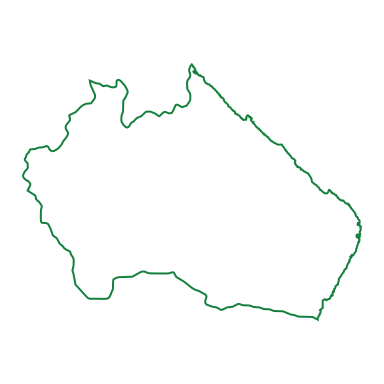 Salvaleón de Higüey, La Altagracia, Dominican Republic (Natural Earth projection)
{"feature_id": "3306468B87904766376188", "entity_name": "Salvaleón de Higüey", "entity_type": "district", "adm_level": 2, "iso_a3": "DOM", "parent_name": "Dominican Republic", "parent_adm1": "La Altagracia", "projection": "natural_earth1", "projection_center": [-68.511, 18.662], "detail": "fine", "context": "isolated", "style": "outline", "palette": "green", "viewbox_px": 384, "rotation_deg": 0, "n_neighbors": 0, "source": "geoboundaries", "source_scale": "gbopen_adm2", "svg_char_len": 5951}
<svg xmlns="http://www.w3.org/2000/svg" viewBox="0 0 384 384"><path d="M27.6,190.6L35.2,195.5L35.8,196.9L36.0,199.0L37.6,200.8L39.0,201.7L41.6,205.6L41.8,206.7L41.1,209.3L40.9,211.6L40.8,219.9L41.2,222.0L42.4,222.9L46.4,223.1L48.1,224.0L50.5,228.6L52.9,235.4L56.8,238.3L59.7,243.7L62.6,246.0L64.3,248.3L67.0,250.1L69.3,251.0L70.2,252.0L71.1,254.6L73.2,257.9L73.7,260.1L73.6,265.5L72.4,270.5L73.4,273.5L75.5,284.6L86.7,296.9L88.2,298.2L89.6,298.7L105.1,298.9L108.3,298.3L109.8,296.5L112.9,289.1L113.1,281.7L113.4,279.6L114.5,278.7L118.2,277.2L132.3,276.7L140.8,272.0L142.4,271.5L145.0,271.7L148.2,273.1L151.2,273.4L168.0,273.5L172.9,272.2L174.0,272.9L176.3,277.0L184.0,281.6L191.8,287.8L195.4,289.9L198.7,290.9L205.6,294.7L206.2,295.7L206.5,296.9L205.4,300.1L205.2,302.2L205.6,303.4L206.6,304.6L212.3,306.7L216.5,307.4L220.9,309.8L222.2,309.8L227.0,307.4L232.5,306.8L237.7,304.1L239.2,303.9L242.7,305.2L249.7,305.5L253.7,307.0L259.6,307.4L263.6,309.0L269.9,309.4L273.9,311.0L283.0,311.3L290.7,314.5L294.9,315.2L298.1,316.6L312.6,317.0L317.7,319.6L317.5,318.4L318.5,316.9L318.6,315.8L319.7,314.9L319.8,313.5L320.6,312.7L320.6,310.8L320.9,310.2L320.1,310.0L320.3,309.7L321.2,309.5L321.4,308.8L322.8,307.7L322.6,301.0L323.4,299.9L324.4,299.3L325.4,299.3L326.1,300.2L326.7,300.2L328.3,299.0L329.4,299.0L330.4,297.7L330.4,297.0L331.2,295.5L332.4,295.7L332.7,295.3L332.3,294.1L332.9,293.0L332.7,292.1L333.0,291.4L334.1,291.5L334.1,289.2L335.0,288.6L335.6,286.3L337.0,284.8L337.9,284.5L338.1,282.8L338.7,281.4L338.9,278.7L339.3,278.5L339.5,277.8L341.2,275.8L341.8,274.3L343.8,272.0L343.9,270.7L345.6,268.7L346.5,268.5L346.8,266.2L348.4,262.9L349.0,262.5L349.0,261.4L349.8,260.7L349.5,260.0L350.5,258.2L351.3,257.6L351.3,257.1L350.5,256.6L351.3,255.8L351.9,256.2L352.2,255.8L352.2,255.5L351.8,255.5L351.9,254.9L353.3,255.1L356.1,250.9L356.2,248.9L356.7,248.2L357.1,245.9L358.2,243.7L358.2,242.4L358.5,241.9L359.1,241.9L359.1,240.8L359.6,240.1L359.4,239.3L358.8,238.8L359.6,237.2L359.4,236.2L359.0,236.2L358.8,237.2L357.9,237.0L357.7,237.3L356.8,237.3L356.5,235.2L357.1,234.6L359.1,234.4L359.3,235.2L359.9,235.5L360.2,233.7L359.9,233.3L359.7,231.5L360.3,231.0L360.8,229.4L360.3,227.5L361.0,226.8L359.6,225.5L359.4,224.8L358.0,225.2L357.6,224.5L357.9,223.0L359.6,222.7L359.6,220.7L358.2,219.0L357.6,217.4L356.2,216.3L355.6,215.0L355.4,213.4L354.7,213.0L354.4,212.1L351.0,208.1L350.8,207.2L350.2,206.9L349.3,204.9L348.8,205.1L348.5,204.3L348.1,204.3L347.9,203.6L346.4,203.6L345.5,203.1L343.3,200.5L341.6,200.7L341.0,200.0L339.9,199.8L338.5,198.2L337.9,198.0L337.6,196.9L336.5,196.2L336.2,195.1L334.9,194.7L334.1,193.8L333.0,193.6L332.4,192.7L331.5,192.7L330.7,191.1L329.6,190.0L328.9,190.0L328.4,191.6L327.2,193.3L325.0,193.3L323.8,192.7L321.0,190.2L320.6,190.2L320.4,189.7L319.8,189.5L319.0,187.7L316.9,186.0L316.1,184.8L314.3,184.0L313.2,182.8L312.1,182.2L311.2,178.1L308.0,173.3L307.4,173.3L305.8,172.1L304.5,171.7L301.5,169.3L300.9,169.5L300.9,168.6L299.7,167.5L298.8,167.4L298.6,167.0L297.4,167.0L297.1,165.9L296.2,165.4L295.6,164.5L295.4,163.4L294.8,163.0L295.3,160.8L294.6,159.7L293.3,158.7L292.3,158.5L291.3,157.2L291.1,156.5L289.3,154.7L289.1,153.9L287.7,153.2L287.1,151.9L286.0,150.9L285.9,150.1L285.1,149.8L284.0,147.6L282.4,145.8L282.1,144.9L281.6,144.5L278.5,144.7L276.4,144.1L275.9,143.4L273.8,142.7L272.5,141.4L270.8,140.9L270.4,139.8L269.0,138.7L268.1,137.1L267.5,137.1L266.1,135.6L265.2,135.4L264.7,134.5L264.2,134.5L264.1,133.8L263.3,133.8L262.4,132.4L260.7,131.1L260.4,130.2L259.6,130.0L259.0,128.7L258.3,128.7L257.2,127.3L256.7,127.3L254.1,123.8L252.9,122.9L253.4,122.0L251.7,121.3L250.9,120.0L250.9,119.1L251.7,118.8L251.7,118.0L250.7,117.7L250.3,117.0L249.5,117.1L249.4,116.4L248.8,116.2L248.3,115.5L247.7,115.3L247.2,115.7L246.3,117.1L246.4,118.6L246.0,118.9L246.0,119.7L243.2,119.9L242.6,118.9L241.8,118.8L241.4,117.9L240.9,117.9L239.5,115.7L237.9,115.0L237.5,114.4L236.0,114.2L235.7,113.5L234.9,113.1L235.1,112.2L234.5,111.3L233.1,110.8L232.9,110.1L232.2,109.9L230.2,107.3L228.3,106.4L228.2,105.0L226.2,102.8L225.3,102.5L223.9,100.5L223.9,99.4L222.4,97.7L221.6,97.6L221.1,96.8L220.5,96.8L220.2,96.5L220.2,95.2L219.1,94.8L218.8,93.7L217.0,92.3L216.8,91.4L215.1,90.1L214.5,88.9L213.2,88.1L212.2,87.2L211.9,86.3L210.7,86.0L209.5,84.5L207.5,84.1L207.2,83.6L205.8,83.1L204.1,80.3L203.8,78.0L203.2,76.9L202.0,76.7L201.5,76.2L200.6,76.0L200.3,75.4L199.5,75.6L199.0,75.1L198.3,75.1L197.7,73.6L196.9,73.4L196.9,72.7L196.4,72.7L196.0,73.6L195.5,73.6L194.6,72.4L193.7,72.4L193.4,71.4L194.0,71.1L195.0,71.6L195.4,72.4L195.8,72.4L196.0,71.4L195.4,70.5L194.9,68.5L193.7,67.5L193.7,66.9L192.9,66.4L192.7,65.5L191.8,64.4L190.6,65.8L189.1,69.4L189.2,71.1L190.2,74.0L190.2,75.7L189.9,77.0L187.5,80.5L187.0,83.1L187.3,89.0L189.6,92.7L190.3,94.7L190.3,99.7L189.4,101.7L186.7,105.6L182.2,107.2L177.6,104.8L176.3,104.7L175.5,105.4L173.4,110.3L171.6,113.1L168.7,113.3L165.7,112.0L164.6,111.9L163.2,112.6L159.5,116.1L158.2,115.8L155.7,113.8L150.5,111.6L146.5,111.6L145.2,112.4L141.3,116.2L137.0,117.9L133.4,121.5L130.9,123.2L129.0,126.5L127.5,127.5L125.7,127.1L123.3,124.7L121.7,122.1L121.3,119.9L121.5,115.9L123.0,111.6L123.3,100.8L126.0,96.4L127.7,92.3L127.4,90.3L124.9,85.7L120.9,81.1L119.0,79.9L117.6,80.0L116.7,80.8L116.4,85.5L116.0,86.6L113.8,87.4L110.9,87.1L107.0,85.5L103.1,86.2L99.9,83.9L95.7,83.1L89.8,80.6L90.6,85.1L94.9,94.6L95.1,96.7L94.7,98.4L91.1,103.3L85.8,103.8L82.5,105.5L80.8,106.8L75.6,112.2L69.5,115.0L69.2,116.1L70.0,118.3L70.0,119.9L69.3,121.3L66.3,124.9L65.6,126.9L65.9,129.1L67.9,132.2L68.1,133.6L66.8,136.8L63.3,141.2L61.8,144.1L60.3,146.2L57.6,148.9L54.3,150.8L52.8,151.2L50.6,150.6L49.6,149.5L48.2,146.8L46.6,146.0L43.3,147.2L38.1,147.7L35.1,149.0L30.8,149.3L29.9,149.8L28.8,152.3L26.6,154.6L25.7,157.5L24.9,158.8L24.8,159.8L25.5,161.1L27.6,163.2L27.8,167.5L27.3,168.9L24.8,171.4L23.3,174.6L23.0,175.8L23.3,177.1L24.3,178.5L25.9,179.9L28.7,181.5L30.3,183.8L30.2,185.3L27.6,190.6Z" fill="none" stroke="#15803d" stroke-width="2"/></svg>